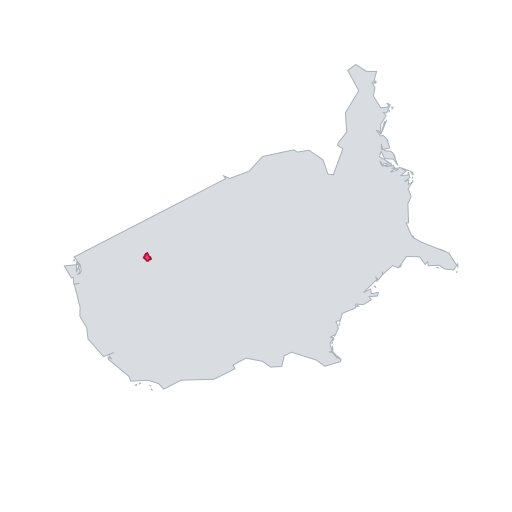 Jefferson, Montana, United States of America (highlighted), rotated 335°
{"feature_id": "52423323B8727370524595", "entity_name": "Jefferson", "entity_type": "district", "adm_level": 2, "iso_a3": "USA", "parent_name": "United States of America", "parent_adm1": "Montana", "projection": "albers", "projection_center": [-112.213, 46.159], "detail": "fine", "context": "in_parent", "style": "filled", "palette": "rose", "viewbox_px": 512, "rotation_deg": 335, "n_neighbors": 0, "source": "geoboundaries", "source_scale": "gbopen_adm2", "svg_char_len": 4718}
<svg xmlns="http://www.w3.org/2000/svg" viewBox="0 0 512 512"><g transform="rotate(335 256 256)"><path d="M397.6,164.0L419.0,149.6L417.6,126.4L427.3,124.6L434.2,135.4L443.3,139.7L436.6,147.5L437.3,149.8L434.5,148.1L434.9,153.7L430.0,160.6L431.7,174.3L438.2,176.8L440.4,174.7L438.6,173.1L439.9,173.5L441.5,175.8L434.9,181.6L432.1,179.9L433.2,183.8L424.9,189.3L420.5,197.4L419.9,194.4L418.4,193.1L419.7,200.1L422.1,200.2L424.1,205.7L422.8,214.7L415.9,213.0L416.8,207.4L414.9,211.9L418.5,215.9L421.8,217.5L423.6,220.3L422.9,234.0L421.5,226.3L413.8,222.2L413.6,214.0L409.9,218.2L416.3,227.5L410.4,226.6L409.0,227.6L408.9,223.8L408.4,222.9L408.0,226.1L408.9,228.3L417.6,228.9L416.9,231.4L412.2,229.4L410.8,229.3L416.6,231.7L418.7,231.7L418.9,234.7L415.8,233.8L420.9,236.0L420.4,236.9L417.9,235.7L413.2,236.8L420.2,238.0L423.4,236.2L431.2,243.8L424.9,238.2L428.0,242.3L421.2,244.4L427.9,246.8L429.5,244.4L428.6,249.9L421.8,251.4L426.6,251.7L424.3,255.4L428.8,255.1L422.3,259.3L421.7,267.7L415.9,272.5L408.3,290.3L406.0,289.7L405.6,303.0L406.3,305.9L411.9,313.6L432.0,334.7L434.0,349.3L429.1,352.2L421.2,347.2L417.9,341.7L408.0,337.7L409.3,333.7L405.8,335.2L403.9,325.8L392.2,320.1L380.0,326.9L375.9,322.4L363.0,326.3L364.0,323.7L362.4,326.5L356.9,329.3L355.6,325.3L355.5,328.4L338.0,334.5L346.1,334.3L344.6,338.9L351.5,340.8L349.1,343.6L341.3,340.6L341.9,344.5L332.6,345.4L326.3,341.8L324.0,345.1L310.0,344.5L303.7,351.6L305.3,349.7L300.8,349.2L300.2,356.3L293.0,362.2L294.6,360.6L289.2,360.9L291.5,362.8L285.8,366.8L284.8,374.6L281.7,374.0L284.5,375.5L286.2,382.1L289.5,385.6L287.9,387.4L271.7,385.0L266.6,375.7L247.7,358.3L239.5,358.3L232.7,367.0L222.4,362.9L217.2,354.1L203.7,344.3L189.1,345.1L189.3,349.2L165.9,350.0L135.7,336.9L116.1,337.7L113.8,330.5L106.0,323.2L89.5,316.4L90.0,311.4L78.5,287.3L79.2,285.0L81.7,288.3L80.5,283.2L86.4,283.4L75.3,282.7L68.7,260.2L72.2,249.3L70.9,236.1L74.8,228.4L79.4,204.9L84.3,206.2L79.0,204.3L81.4,198.1L79.5,197.9L78.0,184.0L89.7,188.0L86.4,194.8L90.9,190.3L89.9,196.1L86.8,197.2L88.9,197.7L91.4,195.6L92.9,189.7L90.7,180.0L261.2,173.1L260.5,169.6L265.0,174.6L285.5,176.3L303.9,168.6L334.8,175.6L337.4,179.3L348.7,182.5L357.4,197.1L355.8,212.2L360.4,215.1L380.0,195.5L376.6,190.1L378.2,188.2L390.6,182.0L397.6,164.0ZM428.8,190.4L432.3,187.7L420.7,198.4L429.5,188.2L428.8,190.4ZM90.9,185.9L92.1,189.8L91.9,190.4L90.0,187.3L90.9,185.9ZM289.1,384.5L285.9,379.0L285.4,375.7L286.4,379.1L289.1,384.5ZM437.7,147.4L438.6,149.1L437.8,149.1L437.7,147.4ZM326.9,343.5L327.7,344.8L325.9,344.1L326.9,343.5ZM95.6,322.8L97.5,322.1L97.7,322.4L95.6,322.8ZM93.5,322.0L92.7,322.9L92.1,322.0L93.5,322.0ZM438.4,179.9L438.0,181.6L437.6,181.5L438.4,179.9ZM286.0,372.4L285.4,375.3L287.2,369.6L286.0,372.4ZM425.7,327.6L429.6,331.8L425.2,327.3L425.7,327.6ZM105.2,328.2L105.9,329.7L105.1,328.3L105.2,328.2ZM435.1,349.7L434.1,351.9L435.4,347.5L435.1,349.7ZM433.2,246.6L432.6,249.3L431.6,244.1L433.2,246.6ZM89.6,182.6L89.5,183.7L88.9,183.0L89.6,182.6ZM291.8,363.9L289.1,365.7L291.8,363.5L291.8,363.9ZM442.2,178.4L442.9,179.6L441.6,180.0L442.2,178.4ZM104.8,332.3L105.4,334.1L104.6,332.4L104.8,332.3ZM288.6,366.8L287.5,367.7L288.4,366.5L288.6,366.8ZM424.0,222.7L423.7,226.1L423.8,221.6L424.0,222.7ZM303.0,353.0L301.4,354.4L303.7,352.0L303.0,353.0ZM406.5,304.2L407.0,306.4L406.2,305.0L406.5,304.2ZM429.6,255.1L429.2,255.8L430.1,253.5L429.6,255.1ZM384.5,324.8L382.7,326.6L381.8,326.7L384.5,324.8ZM355.9,329.2L355.7,329.7L354.4,330.0L355.9,329.2ZM415.6,342.8L416.4,344.2L415.1,342.7L415.6,342.8ZM351.2,333.9L351.3,335.4L350.4,333.0L351.2,333.9ZM431.5,355.2L430.3,355.9L431.9,354.7L431.5,355.2ZM424.2,206.8L424.1,208.4L424.1,206.1L424.2,206.8ZM431.5,250.3L431.1,251.1L430.9,251.2L431.5,250.3Z" fill="#d9dde1" stroke="#a8b0b8" stroke-width="1"/><path d="M158.9,207.3L158.7,207.3L157.4,207.3L157.3,207.5L157.0,207.8L156.8,207.8L156.7,207.7L156.6,207.8L156.3,207.9L156.2,207.9L156.2,208.1L156.4,208.2L156.4,208.4L156.1,208.4L156.1,208.5L155.8,208.7L155.7,208.7L155.3,208.9L155.3,209.0L154.9,209.0L154.8,209.3L154.6,209.4L154.6,209.6L154.5,209.4L154.3,209.4L154.3,209.5L154.1,209.5L153.8,209.8L153.9,210.2L153.8,210.4L153.6,210.4L153.8,210.7L153.8,211.0L154.0,211.0L154.1,210.9L154.2,211.1L154.1,211.4L154.3,211.6L154.5,211.8L154.5,212.0L154.4,212.2L154.5,212.3L154.7,212.5L154.7,213.1L154.8,213.4L154.8,213.5L154.7,214.0L154.8,214.2L155.8,214.7L155.9,214.8L156.1,214.9L156.3,215.0L156.7,214.8L156.7,214.7L156.8,214.5L156.8,214.4L156.9,214.2L157.1,214.1L157.4,214.0L157.7,214.1L157.8,214.1L158.0,214.0L158.1,214.3L158.3,214.3L158.6,214.4L158.8,214.5L159.0,214.6L159.4,214.6L159.5,214.6L159.8,214.2L159.8,213.4L159.8,212.2L159.0,212.2L158.9,211.4L158.9,207.3Z" fill="#f43f5e" stroke="#9f1239" stroke-width="1.5"/></g></svg>